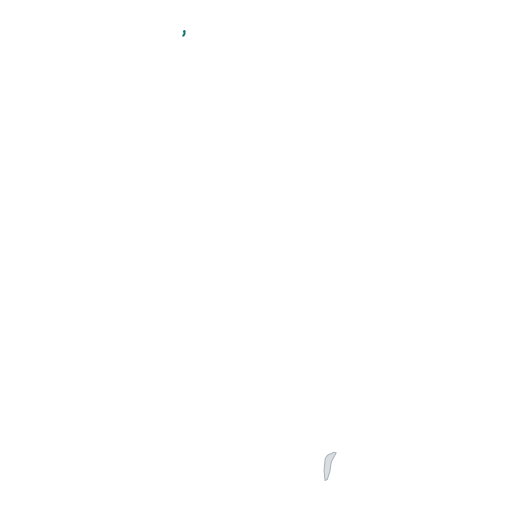 Pepesala, Tuvalu shown in context, rotated 196°
{"feature_id": "33948139B49263652760429", "entity_name": "Pepesala", "entity_type": "district", "adm_level": 2, "iso_a3": "TUV", "parent_name": "Tuvalu", "parent_adm1": "", "projection": "albers", "projection_center": [179.81, -9.374], "detail": "fine", "context": "in_parent", "style": "filled", "palette": "teal", "viewbox_px": 512, "rotation_deg": 196, "n_neighbors": 0, "source": "geoboundaries", "source_scale": "gbopen_adm2", "svg_char_len": 859}
<svg xmlns="http://www.w3.org/2000/svg" viewBox="0 0 512 512"><g transform="rotate(196 256 256)"><path d="M132.4,84.2L126.8,88.9L124.7,88.8L126.9,79.0L125.6,68.9L125.9,60.9L127.8,59.3L131.5,68.7L133.6,80.2L132.4,84.2Z" fill="#d9dde1" stroke="#a8b0b8" stroke-width="1"/><path d="M386.2,451.7L386.2,452.1L386.3,452.2L386.4,452.3L386.5,452.3L386.7,452.5L386.8,452.7L387.0,452.6L387.2,452.4L387.3,452.2L387.3,451.9L387.2,451.8L387.2,451.7L387.0,451.4L386.9,451.4L386.7,451.3L386.5,451.2L386.4,451.2L386.3,450.8L386.3,450.6L386.2,450.2L386.2,449.9L386.2,449.7L386.3,449.6L386.3,449.4L386.3,449.2L386.5,448.7L386.8,448.0L386.8,447.9L386.9,447.7L386.7,447.5L386.4,447.7L386.3,447.8L386.2,448.2L385.8,449.5L385.7,449.9L385.8,450.3L386.0,450.7L386.1,450.8L386.2,451.1L386.2,451.3L386.2,451.5L386.2,451.7Z" fill="#14b8a6" stroke="#0f766e" stroke-width="1.5"/></g></svg>